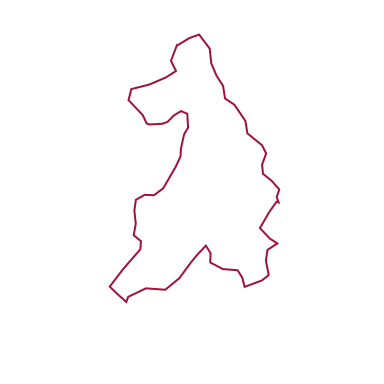 Eslöv, Skåne, Sweden (Albers equal-area conic projection), rotated 219°
{"feature_id": "70781695B18480802794079", "entity_name": "Eslöv", "entity_type": "district", "adm_level": 2, "iso_a3": "SWE", "parent_name": "Sweden", "parent_adm1": "Skåne", "projection": "albers", "projection_center": [13.408, 55.879], "detail": "fine", "context": "isolated", "style": "outline", "palette": "rose", "viewbox_px": 384, "rotation_deg": 219, "n_neighbors": 0, "source": "geoboundaries", "source_scale": "gbopen_adm2", "svg_char_len": 1052}
<svg xmlns="http://www.w3.org/2000/svg" viewBox="0 0 384 384"><g transform="rotate(219 192 192)"><path d="M118.1,238.4L123.0,241.4L125.8,248.9L137.0,250.8L148.3,250.8L154.8,257.4L158.6,268.6L167.0,272.4L185.8,272.4L195.2,280.8L214.0,286.5L225.2,285.5L234.6,294.0L245.9,297.7L258.1,304.2L268.5,314.6L285.6,318.8L291.0,309.8L295.7,296.6L296.1,296.6L290.9,280.7L280.6,276.0L284.3,264.8L292.7,248.8L303.9,233.8L299.2,223.5L278.5,220.7L270.4,216.7L267.3,217.9L258.0,226.4L255.1,231.1L254.2,240.4L251.4,248.0L244.9,249.8L235.5,239.5L234.5,232.0L228.0,218.9L223.3,212.4L220.5,201.1L216.7,176.8L219.5,165.6L227.0,160.0L230.7,150.6L225.1,141.3L215.7,131.9L210.1,121.7L200.8,121.7L196.1,115.1L197.0,89.0L196.4,66.7L184.9,65.7L173.9,65.2L175.6,70.4L167.2,88.1L151.3,99.2L147.6,117.0L148.5,136.6L148.4,146.9L147.5,159.0L139.1,156.2L133.5,148.7L119.5,151.5L107.3,159.9L98.9,157.0L91.4,151.4L82.0,167.3L80.1,175.7L91.3,185.1L96.9,194.5L93.3,205.7L102.5,204.8L116.5,206.7L119.3,224.5L120.2,237.6L118.1,238.4Z" fill="none" stroke="#9f1239" stroke-width="2"/></g></svg>